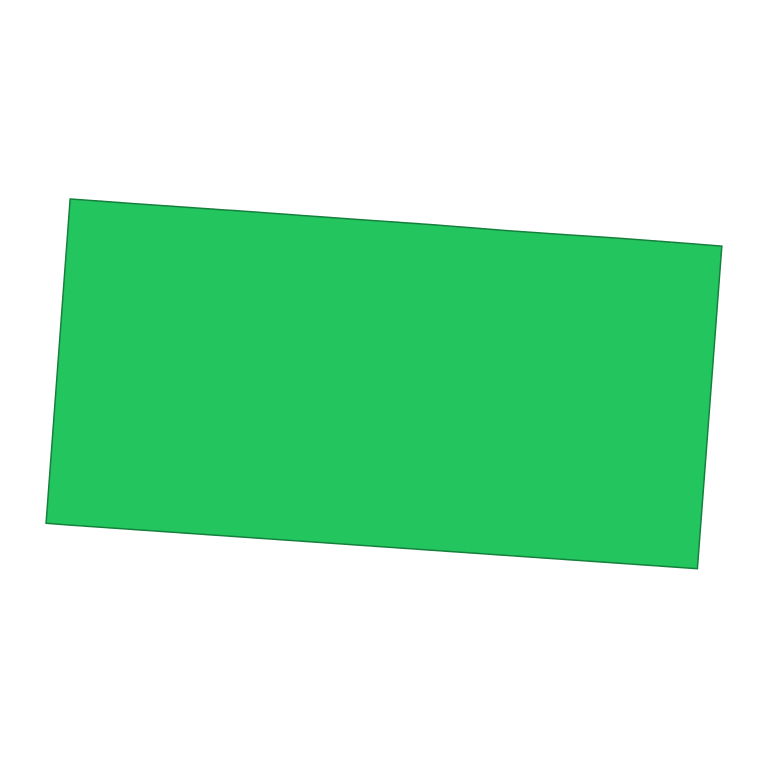 McIntosh, North Dakota, United States of America, rotated 184°
{"feature_id": "52423323B18464688172612", "entity_name": "McIntosh", "entity_type": "district", "adm_level": 2, "iso_a3": "USA", "parent_name": "United States of America", "parent_adm1": "North Dakota", "projection": "natural_earth1", "projection_center": [-99.421, 46.112], "detail": "fine", "context": "isolated", "style": "filled", "palette": "green", "viewbox_px": 768, "rotation_deg": 184, "n_neighbors": 0, "source": "geoboundaries", "source_scale": "gbopen_adm2", "svg_char_len": 564}
<svg xmlns="http://www.w3.org/2000/svg" viewBox="0 0 768 768"><g transform="rotate(184 384 384)"><path d="M685.8,221.3L58.5,221.6L56.6,545.1L87.6,545.4L153.5,545.8L154.2,545.7L154.3,545.8L155.4,545.8L177.7,545.8L196.4,545.7L212.2,545.6L257.6,545.6L274.3,545.6L345.8,546.3L347.9,546.3L414.4,546.3L426.1,546.3L431.4,546.3L456.5,546.4L476.7,546.4L492.1,546.5L502.1,546.5L507.8,546.5L521.7,546.6L548.2,546.6L548.6,546.6L554.6,546.5L555.4,546.5L637.8,546.5L644.9,546.5L710.0,546.7L711.4,221.5L685.8,221.3Z" fill="#22c55e" stroke="#15803d" stroke-width="1.5"/></g></svg>